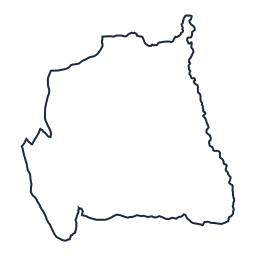 Ragonvalia, Norte de Santander, Colombia
{"feature_id": "7082276B67756005712401", "entity_name": "Ragonvalia", "entity_type": "district", "adm_level": 2, "iso_a3": "COL", "parent_name": "Colombia", "parent_adm1": "Norte de Santander", "projection": "albers", "projection_center": [-72.499, 7.601], "detail": "fine", "context": "isolated", "style": "outline", "palette": "slate", "viewbox_px": 256, "rotation_deg": 0, "n_neighbors": 0, "source": "geoboundaries", "source_scale": "gbopen_adm2", "svg_char_len": 5758}
<svg xmlns="http://www.w3.org/2000/svg" viewBox="0 0 256 256"><path d="M50.8,226.7L54.0,233.3L56.1,236.6L57.3,237.5L58.9,238.2L62.2,240.0L64.6,240.6L65.9,240.6L67.0,240.1L67.8,239.5L69.0,239.5L69.7,239.3L69.9,239.1L69.9,238.6L70.4,237.5L70.6,236.4L70.9,235.5L71.4,235.1L72.3,235.0L72.6,234.5L73.4,233.7L75.3,232.6L75.2,231.2L76.1,229.4L76.1,228.1L76.5,225.7L76.2,224.6L76.5,223.6L76.0,221.2L75.6,220.3L75.5,219.8L76.3,218.3L76.8,216.0L78.3,212.4L78.5,211.6L78.2,210.4L78.4,209.9L78.7,209.7L78.7,207.8L78.9,208.0L80.3,208.8L80.8,208.7L81.0,208.5L81.4,208.7L82.8,211.1L82.8,211.5L82.3,213.2L82.0,215.2L84.8,215.8L87.0,216.5L87.7,217.1L90.7,218.2L96.3,219.7L97.2,219.8L99.6,219.7L104.3,219.8L105.6,219.7L107.6,219.1L110.9,217.7L113.7,216.0L116.5,214.7L118.4,214.8L120.7,215.3L122.6,216.1L127.3,217.6L128.3,217.5L129.8,216.9L131.4,217.1L132.1,217.0L135.0,216.1L136.8,215.2L140.5,215.9L141.1,216.2L143.0,215.8L144.3,215.9L146.8,216.8L148.3,217.0L150.8,216.4L151.9,216.3L153.5,217.2L155.0,217.4L156.1,217.4L157.7,216.9L159.3,216.1L159.7,216.1L161.1,216.9L162.1,217.1L165.7,218.8L166.7,219.0L168.2,219.0L169.9,218.7L170.5,218.5L171.2,218.0L171.9,217.8L174.1,218.0L175.5,218.6L176.4,218.7L177.4,217.7L178.7,217.1L179.5,216.8L181.3,216.6L182.0,216.3L183.9,214.3L185.1,214.7L185.5,215.0L186.7,217.5L187.4,218.6L189.9,220.6L191.4,222.2L192.5,222.8L193.5,223.1L198.9,224.1L201.0,224.5L202.6,225.2L204.5,222.0L205.5,221.9L207.4,221.8L209.0,222.0L210.0,222.5L211.3,222.9L214.8,223.0L218.0,223.6L220.9,223.9L222.1,223.8L223.5,223.1L224.7,222.8L227.1,221.5L228.2,221.3L228.1,220.6L228.7,219.7L228.8,219.3L228.6,218.4L228.7,218.0L229.2,217.1L229.6,216.8L230.4,216.7L231.1,216.1L232.3,214.8L233.0,213.7L233.2,212.6L233.2,211.2L233.8,209.5L233.3,207.6L232.7,206.4L233.2,205.1L233.2,204.2L233.6,202.1L234.1,200.8L234.2,199.5L234.1,198.9L233.6,198.0L233.2,195.9L232.9,195.2L233.1,193.4L232.5,190.1L232.7,188.3L232.5,186.9L232.7,186.1L232.3,185.0L230.9,184.3L229.6,183.4L229.1,182.8L229.2,181.9L229.9,180.7L230.4,178.9L230.6,177.2L228.7,175.0L228.1,173.9L227.5,171.8L226.4,171.2L225.8,170.2L225.7,169.7L225.8,168.8L226.7,165.9L226.6,165.2L226.3,164.7L224.8,164.3L223.8,163.7L223.6,163.4L223.6,162.1L223.3,160.6L222.8,159.8L221.9,158.7L220.4,157.9L219.9,157.2L220.0,153.8L220.0,152.9L219.6,152.1L219.0,151.5L217.8,150.9L216.9,150.8L215.3,150.9L214.5,150.8L214.0,150.7L213.3,150.3L212.5,147.4L212.1,147.0L210.0,146.0L209.6,145.2L209.0,142.0L209.4,141.1L210.5,140.0L210.7,139.5L210.7,137.7L209.9,135.4L207.4,133.6L206.9,133.0L206.5,132.3L206.4,131.3L206.7,129.8L207.0,129.3L208.0,128.4L208.4,127.7L208.6,126.9L208.2,125.9L207.7,125.1L207.1,123.4L206.5,122.2L206.1,120.2L205.4,118.6L203.1,115.9L205.2,114.0L205.4,113.5L205.4,113.0L204.9,112.4L203.7,111.7L203.1,111.0L203.4,110.0L203.2,109.0L202.8,107.8L202.9,106.8L202.7,106.2L202.0,104.7L202.1,102.9L201.1,101.7L200.5,100.1L200.5,95.5L200.0,94.4L199.2,93.1L198.3,92.8L198.0,92.2L197.8,88.9L198.0,87.2L197.5,85.2L196.2,84.6L194.5,83.1L193.9,82.2L193.8,81.4L194.1,81.0L194.8,80.6L195.0,80.2L195.0,79.7L194.5,78.4L193.8,78.2L192.4,78.3L191.7,78.2L191.3,77.8L190.7,75.9L190.4,75.3L189.5,74.4L189.5,73.0L190.3,71.2L190.0,70.6L189.2,69.7L188.9,69.0L188.9,68.4L189.1,67.8L188.7,66.9L188.6,66.3L188.6,65.7L189.9,63.7L190.0,63.2L189.8,62.7L189.2,62.2L189.0,61.3L189.2,59.7L189.9,58.5L190.6,57.8L193.4,52.0L193.3,50.8L192.8,49.2L191.7,48.1L191.3,47.3L191.7,43.6L191.7,43.0L191.5,42.4L191.1,42.4L189.2,43.7L188.8,43.5L188.3,43.0L187.1,40.1L187.3,38.5L187.7,37.9L188.4,37.5L190.8,37.5L191.3,36.8L191.9,35.0L192.1,34.0L192.1,32.4L192.8,31.5L194.4,30.2L194.8,29.8L194.7,28.8L194.4,27.4L192.6,25.4L191.8,25.0L191.0,24.3L189.8,22.4L189.6,21.5L189.3,20.9L189.4,20.5L191.0,19.3L191.2,18.8L191.2,18.3L191.7,16.2L190.5,15.5L188.2,15.7L187.5,15.6L187.0,15.4L186.4,15.4L186.0,15.5L185.0,16.3L183.7,18.6L183.5,19.7L183.1,20.7L182.8,23.0L181.7,24.3L181.6,24.7L182.7,27.6L182.7,28.2L182.3,29.3L183.1,30.5L182.9,31.5L182.4,32.1L181.2,32.8L180.7,34.3L180.2,34.9L179.2,35.7L178.5,35.9L177.6,36.9L176.5,37.1L176.1,37.0L175.7,36.7L175.4,36.7L174.9,37.7L174.4,38.2L174.0,38.9L173.2,40.8L172.7,41.4L171.7,42.0L171.0,42.1L169.2,41.5L167.6,41.5L163.2,41.8L161.6,42.3L160.0,42.3L159.1,42.6L158.2,43.2L158.0,43.4L157.3,44.6L156.8,45.0L155.7,45.2L154.7,45.1L153.4,45.3L152.6,44.7L152.0,44.6L151.7,44.8L151.4,45.6L150.9,46.0L149.2,46.0L148.0,45.5L145.8,44.0L144.6,42.5L144.1,40.8L142.3,36.8L141.1,36.5L140.0,36.6L138.0,35.7L137.2,35.8L136.9,35.7L136.8,35.2L136.5,33.8L135.3,33.3L134.6,32.7L134.1,33.0L133.5,33.2L131.6,32.7L131.0,32.9L130.2,33.5L129.3,33.7L128.5,34.2L126.7,35.9L126.0,36.2L125.4,36.3L124.3,36.3L121.4,35.5L117.8,35.5L115.8,35.7L114.1,36.5L113.2,36.6L110.5,36.2L102.4,36.6L102.4,39.0L101.9,41.1L101.9,42.8L102.6,44.3L102.4,46.4L100.6,49.8L99.6,51.0L98.1,53.4L96.0,55.1L94.1,56.3L90.4,57.0L88.7,57.7L86.9,58.8L82.3,60.9L79.0,63.5L76.5,64.1L72.7,64.6L71.0,65.1L69.5,66.8L68.6,67.6L66.8,68.5L64.9,69.1L58.3,70.5L51.1,70.7L50.8,70.9L48.4,76.8L47.9,78.8L47.9,84.2L48.4,87.2L49.0,88.7L49.3,90.9L49.0,93.3L47.7,96.9L47.1,99.7L46.5,101.8L45.2,108.0L44.9,116.8L45.1,118.9L45.4,120.1L48.0,126.0L49.5,128.8L50.8,132.0L51.0,134.3L50.5,137.1L49.0,136.8L48.3,136.5L47.5,135.7L45.0,132.6L43.3,131.6L42.6,130.2L41.3,129.8L40.4,128.9L40.1,129.1L39.7,130.0L38.7,133.0L36.5,136.8L34.1,140.4L33.6,141.5L32.1,144.3L31.8,144.4L31.5,144.2L29.9,142.7L28.5,141.7L27.8,140.5L26.3,138.9L24.5,142.9L21.8,146.5L22.7,148.8L24.0,155.0L26.8,164.3L27.6,169.8L28.5,171.4L29.6,173.2L30.2,175.0L30.5,179.0L30.9,181.5L31.5,184.2L31.1,186.8L30.9,189.7L30.8,191.9L31.3,193.0L32.9,195.6L34.6,197.0L35.8,198.3L37.5,201.6L39.8,205.3L40.1,206.5L41.0,208.1L44.0,212.8L46.1,217.2L46.4,218.7L46.8,219.8L47.5,220.7L48.5,222.8L50.0,224.6L50.8,226.7Z" fill="none" stroke="#1e293b" stroke-width="2"/></svg>